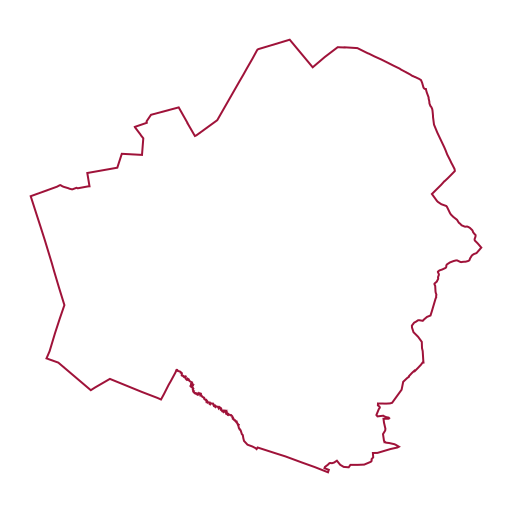 Jamu Mare, Timis, Romania (Mercator projection)
{"feature_id": "2599482B47669002074547", "entity_name": "Jamu Mare", "entity_type": "district", "adm_level": 2, "iso_a3": "ROU", "parent_name": "Romania", "parent_adm1": "Timis", "projection": "mercator", "projection_center": [21.475, 45.269], "detail": "fine", "context": "isolated", "style": "outline", "palette": "rose", "viewbox_px": 512, "rotation_deg": 0, "n_neighbors": 0, "source": "geoboundaries", "source_scale": "gbopen_adm2", "svg_char_len": 6043}
<svg xmlns="http://www.w3.org/2000/svg" viewBox="0 0 512 512"><path d="M49.6,351.2L46.5,358.4L58.3,362.6L90.8,390.2L95.2,387.4L109.9,378.9L142.0,392.0L157.4,397.9L161.0,399.5L164.0,394.0L168.6,384.9L170.8,381.1L175.6,372.2L176.4,370.0L176.8,369.8L177.2,369.9L177.5,370.3L177.7,370.9L180.1,371.6L180.6,372.0L180.7,372.6L181.1,372.5L181.9,373.2L181.7,375.4L182.3,375.8L183.0,375.7L183.4,375.9L183.7,376.8L184.1,377.1L185.3,376.3L185.8,376.5L185.8,377.0L185.4,377.8L185.7,378.7L186.3,379.2L186.5,379.6L186.9,379.9L187.4,379.5L187.7,378.9L188.1,379.5L188.6,379.3L188.9,379.8L188.7,380.3L189.4,380.7L190.0,381.4L192.0,382.4L191.5,383.4L191.8,383.7L192.4,383.8L192.8,384.2L192.9,385.2L191.9,385.3L191.0,384.8L191.0,385.5L190.5,386.0L191.1,386.5L192.4,386.0L191.7,387.1L192.4,387.4L192.5,387.1L193.3,388.6L192.8,388.9L193.0,389.5L192.8,389.8L193.3,390.8L193.8,391.1L193.3,391.7L194.5,392.9L194.6,393.2L195.3,393.5L195.2,393.1L195.8,393.0L196.4,393.4L196.4,393.8L196.8,393.9L196.9,393.6L197.7,393.4L198.0,394.1L197.9,394.7L199.1,394.5L199.1,394.0L198.6,394.0L199.0,393.2L199.5,393.7L199.9,393.4L200.4,393.5L200.4,394.2L200.9,394.1L200.9,394.8L200.7,395.6L201.6,395.6L201.9,396.1L202.1,396.6L203.0,397.2L203.7,397.4L204.2,397.9L204.1,398.7L204.6,399.3L205.5,399.5L205.6,399.9L206.2,399.9L206.4,401.2L206.7,400.9L206.9,401.2L206.8,401.9L207.1,402.3L207.5,401.5L208.6,403.0L208.5,402.6L209.6,402.5L209.7,403.2L209.5,403.8L210.1,404.3L210.7,403.2L212.2,403.7L212.9,403.5L213.4,404.1L213.6,405.4L213.8,405.8L214.3,405.5L214.8,406.5L215.3,406.9L215.6,405.9L216.4,406.6L217.7,406.7L218.3,407.5L218.8,408.5L219.3,407.9L219.1,407.4L219.3,407.0L220.3,407.7L220.1,408.1L220.5,408.5L220.9,408.5L220.9,409.4L221.4,409.2L221.7,410.0L221.4,410.2L221.8,410.7L221.9,410.3L222.5,411.0L223.0,411.4L223.7,410.5L224.8,410.6L224.4,410.8L224.3,411.6L224.6,411.4L225.1,411.8L226.2,411.4L226.5,411.7L226.1,411.8L226.0,412.9L226.6,413.0L226.4,413.9L226.8,414.0L227.0,413.7L227.8,413.8L227.5,414.4L227.7,414.9L228.1,415.1L228.6,414.6L228.9,414.6L230.1,414.9L230.3,415.1L231.1,415.1L231.2,415.5L231.5,415.5L232.3,416.3L232.6,417.1L232.4,417.5L232.8,417.9L232.8,418.2L233.2,418.1L233.5,418.7L233.2,419.1L234.3,420.1L234.9,420.1L235.2,420.4L235.2,420.8L235.6,420.9L235.7,421.2L236.1,421.3L236.2,421.5L236.5,421.5L236.5,421.8L236.2,421.8L236.3,422.2L236.9,422.3L237.0,423.0L237.4,423.3L237.6,424.0L237.9,424.0L238.1,424.4L238.0,424.7L238.3,425.0L238.6,425.0L238.5,425.3L238.2,425.5L238.4,425.9L238.9,428.1L239.6,428.8L239.5,429.2L239.7,429.6L240.1,429.7L240.6,430.2L241.9,434.2L242.8,435.1L243.3,438.1L244.0,440.9L246.5,443.6L247.5,444.7L252.4,446.5L255.5,448.1L256.6,449.1L257.6,447.5L275.9,453.4L285.4,456.4L302.2,462.6L314.8,467.1L328.0,472.3L328.8,469.8L324.5,468.2L324.9,467.0L326.3,465.9L327.7,464.9L329.3,463.3L330.0,463.0L332.0,463.2L334.0,462.6L336.9,460.7L340.2,464.8L343.7,466.9L348.7,467.3L350.4,464.9L356.9,464.9L364.2,464.6L370.8,461.8L371.6,460.9L371.6,459.2L373.2,457.3L372.9,453.0L377.5,452.9L390.6,449.0L397.4,447.5L398.9,446.7L395.9,444.9L394.4,444.2L389.1,443.0L387.1,442.8L385.5,442.5L385.2,442.1L384.5,442.2L384.4,441.3L384.0,440.9L383.0,434.1L385.2,430.5L385.4,428.7L384.0,422.7L383.5,418.8L388.7,418.7L389.2,418.2L388.6,417.6L386.5,417.2L384.5,416.5L383.3,415.7L377.5,416.4L376.4,415.0L378.8,409.1L379.8,407.7L379.5,406.6L377.9,405.4L378.0,403.5L386.4,403.6L390.0,403.4L392.1,402.8L401.6,389.7L403.2,381.8L407.1,378.1L409.0,376.7L409.0,376.1L411.8,373.1L413.6,371.4L414.5,370.6L414.8,371.1L417.8,368.1L421.0,364.7L422.7,362.4L422.8,362.7L423.5,362.6L423.3,360.9L422.7,351.1L422.0,348.1L421.8,341.9L418.1,336.8L413.5,332.2L412.0,327.6L411.9,325.6L414.1,322.7L416.3,321.5L418.0,320.3L419.1,320.2L422.7,320.8L423.3,320.4L423.5,319.9L427.0,316.9L430.5,315.5L431.9,311.1L435.6,298.5L436.2,297.3L436.1,296.0L436.4,294.8L435.7,292.6L435.5,291.3L435.2,285.9L434.5,284.4L434.4,283.9L434.7,283.4L436.9,281.5L437.3,280.4L437.8,279.7L438.1,279.0L438.2,278.3L438.0,277.2L438.9,274.8L438.8,274.0L437.9,272.1L437.9,271.7L438.2,271.4L439.5,270.4L442.2,269.5L445.6,267.9L446.1,267.3L446.3,266.6L446.3,265.6L446.7,264.7L447.1,264.3L450.0,262.4L453.7,261.0L456.1,260.4L457.1,260.4L460.5,262.0L461.5,262.1L463.0,261.8L465.6,261.7L467.8,261.1L468.6,260.8L469.4,260.2L470.2,258.1L470.6,257.6L471.4,256.2L472.2,255.2L473.8,254.1L476.5,253.1L481.3,247.6L477.7,243.4L474.9,240.6L474.7,240.2L474.6,239.6L474.6,239.1L475.5,236.6L475.6,235.2L475.3,234.7L474.4,233.9L473.4,232.6L473.0,232.0L472.6,230.7L472.1,230.0L469.9,227.9L468.4,227.0L467.0,226.5L465.6,226.7L464.7,226.6L461.6,225.3L460.1,223.7L458.8,222.7L457.4,220.4L457.0,219.8L453.3,216.9L450.9,214.5L450.0,213.1L447.0,206.9L446.3,206.0L441.3,204.2L437.9,201.9L437.0,201.0L431.9,194.0L441.2,184.8L444.4,181.2L444.6,181.2L447.7,178.3L454.8,171.1L454.8,170.4L454.5,168.9L452.3,164.6L451.5,163.2L450.1,160.2L447.2,154.5L445.5,150.1L444.2,147.1L437.3,132.6L434.0,124.6L433.0,116.9L433.0,115.7L432.5,110.6L432.2,109.0L431.5,107.4L431.0,106.6L430.2,105.7L430.1,105.0L429.5,103.7L429.4,103.0L429.3,101.4L428.6,98.4L428.6,97.4L426.9,92.8L426.2,90.5L425.9,89.0L425.4,89.0L424.8,88.9L424.1,88.4L423.5,87.6L422.1,82.7L421.0,80.1L419.1,78.9L416.1,77.5L415.4,77.1L414.5,76.9L413.4,76.2L412.6,76.1L410.2,74.5L401.2,69.7L399.6,68.6L393.4,65.6L381.3,59.5L374.4,56.4L368.6,53.5L368.3,53.5L366.6,52.7L357.4,48.1L344.6,47.3L344.6,47.5L337.7,47.2L324.8,57.0L312.7,67.3L289.7,39.7L261.8,48.1L258.4,49.1L257.5,49.6L256.9,50.5L252.5,58.6L246.8,68.5L243.4,74.6L239.6,81.1L217.3,120.1L217.1,120.3L196.7,135.1L194.9,136.0L188.3,124.6L187.5,123.3L187.6,123.2L187.3,122.6L178.7,107.4L151.0,114.8L146.6,121.3L146.8,122.8L134.8,126.9L134.9,127.2L140.6,134.7L140.9,135.3L143.3,138.3L142.0,154.9L121.8,153.8L117.3,167.7L87.3,173.0L89.5,186.3L88.0,186.4L77.7,188.3L76.5,187.8L72.5,189.3L71.8,189.3L69.4,188.7L68.3,188.2L63.9,186.9L62.4,186.3L60.6,185.2L60.3,185.1L59.6,185.3L57.0,186.7L30.7,196.2L37.0,215.8L40.5,226.6L44.8,240.1L51.8,263.1L54.1,271.2L58.9,287.3L64.4,305.1L59.7,318.8L55.1,332.9L49.6,351.2Z" fill="none" stroke="#9f1239" stroke-width="2"/></svg>